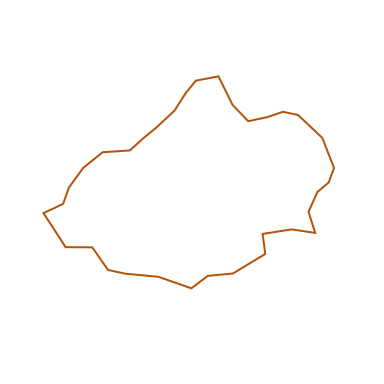 outline of Latsia, Nicosia, Cyprus, rotated 241°
{"feature_id": "46923920B51711954160874", "entity_name": "Latsia", "entity_type": "district", "adm_level": 2, "iso_a3": "CYP", "parent_name": "Cyprus", "parent_adm1": "Nicosia", "projection": "albers", "projection_center": [33.376, 35.094], "detail": "fine", "context": "isolated", "style": "outline", "palette": "amber", "viewbox_px": 384, "rotation_deg": 241, "n_neighbors": 0, "source": "geoboundaries", "source_scale": "gbopen_adm2", "svg_char_len": 601}
<svg xmlns="http://www.w3.org/2000/svg" viewBox="0 0 384 384"><g transform="rotate(241 192 192)"><path d="M108.1,144.7L111.0,165.1L100.9,188.3L102.3,226.1L121.1,233.4L111.0,261.0L96.5,279.9L118.2,284.3L131.2,301.7L134.1,316.2L144.2,327.9L157.0,329.6L176.1,332.2L207.9,322.1L218.1,310.4L220.9,294.4L226.7,275.5L248.4,269.7L280.3,271.2L287.5,249.4L281.7,234.8L271.6,216.0L265.8,192.7L262.9,176.7L258.5,157.8L270.1,133.1L265.8,108.4L255.6,86.6L244.1,73.5L245.5,51.8L228.2,53.2L205.0,54.7L192.0,77.9L164.5,80.8L153.0,93.9L134.1,121.5L108.1,144.7Z" fill="none" stroke="#b45309" stroke-width="2"/></g></svg>